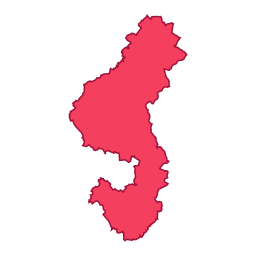 the district of Baltinglass Lea-6, Wicklow, Ireland
{"feature_id": "5873133B22148829487271", "entity_name": "Baltinglass Lea-6", "entity_type": "district", "adm_level": 2, "iso_a3": "IRL", "parent_name": "Ireland", "parent_adm1": "Wicklow", "projection": "mercator", "projection_center": [-6.547, 52.958], "detail": "fine", "context": "isolated", "style": "filled", "palette": "rose", "viewbox_px": 256, "rotation_deg": 0, "n_neighbors": 0, "source": "geoboundaries", "source_scale": "gbopen_adm2", "svg_char_len": 5862}
<svg xmlns="http://www.w3.org/2000/svg" viewBox="0 0 256 256"><path d="M180.4,49.6L177.7,47.4L176.4,47.3L176.0,46.9L175.4,47.1L174.4,46.5L174.3,45.8L175.8,45.3L176.5,44.2L177.1,42.0L180.2,37.8L178.5,37.3L176.8,35.7L175.3,35.1L171.8,32.6L172.9,25.3L173.4,23.8L171.5,22.9L169.9,23.6L166.9,24.1L164.9,26.1L165.3,24.8L164.9,23.9L164.2,22.5L163.8,22.2L163.0,22.8L162.5,22.2L162.1,21.5L161.5,18.2L160.7,16.6L159.8,17.0L158.0,16.5L151.9,16.7L151.5,17.3L151.5,18.4L150.6,19.1L150.6,18.8L148.5,17.2L147.1,15.4L145.9,17.4L143.9,18.9L142.8,20.7L141.7,20.3L140.8,22.3L138.9,23.6L138.9,25.0L138.5,25.3L139.6,26.5L141.1,27.4L140.7,27.8L141.0,28.5L136.7,33.9L136.2,35.1L133.8,33.6L131.5,33.3L131.4,33.8L127.3,35.4L125.8,37.9L125.9,38.4L127.4,40.0L127.3,40.3L130.1,41.8L131.2,42.9L129.7,43.9L128.1,45.9L127.9,46.8L128.8,47.5L128.8,48.5L127.4,48.2L127.1,47.3L126.9,47.8L125.6,47.4L122.3,50.2L122.6,51.2L121.6,51.5L121.8,52.9L122.4,52.7L122.7,53.8L122.7,55.5L122.3,55.6L122.2,56.0L125.0,57.3L124.2,58.4L123.2,58.0L122.5,59.0L123.4,61.0L121.4,60.5L120.8,62.0L120.2,62.6L119.8,62.9L118.7,62.4L117.7,63.5L118.4,64.4L118.3,65.0L116.6,65.3L116.8,66.6L117.6,66.7L117.6,67.2L115.9,67.2L115.5,68.2L113.8,68.4L113.9,69.2L113.8,69.6L111.5,69.3L110.5,68.6L109.3,73.7L103.6,74.1L102.2,75.3L101.2,75.0L100.1,77.8L96.6,78.0L95.9,79.6L93.2,81.2L92.0,81.2L91.2,81.8L90.0,81.0L87.6,82.0L85.8,84.0L84.6,84.1L83.7,84.7L84.6,87.0L84.3,88.7L84.2,92.2L82.9,93.4L82.8,94.8L82.3,95.5L79.2,98.7L79.3,99.2L78.2,100.8L76.7,100.9L76.0,100.5L75.7,101.5L74.5,101.8L73.3,102.8L72.8,103.7L73.9,104.1L73.2,105.8L75.7,107.7L73.6,109.7L70.5,111.5L70.8,112.1L69.3,114.5L70.1,115.8L69.3,116.8L70.5,120.7L70.9,121.0L72.5,120.2L74.6,125.0L74.9,125.0L76.8,127.9L77.4,128.0L79.2,130.4L81.4,132.4L82.9,135.3L82.9,136.8L82.1,137.7L83.6,138.7L83.4,140.0L84.3,140.4L84.4,141.1L83.8,144.0L82.7,145.6L84.0,145.7L85.2,146.4L86.7,146.3L89.0,144.8L91.6,147.4L93.7,148.3L93.6,149.8L95.5,150.5L96.6,149.6L97.6,149.9L98.6,147.9L99.9,148.7L102.1,148.9L103.0,149.5L105.2,153.6L105.5,153.4L105.3,152.4L105.9,151.3L107.8,150.6L113.9,153.1L114.3,151.9L114.6,151.8L116.6,153.0L118.6,153.1L119.1,153.4L119.4,154.1L119.1,156.0L119.7,158.0L119.4,159.0L119.7,160.4L125.2,159.8L128.9,162.4L129.4,161.7L130.4,161.3L130.7,160.5L130.4,159.2L131.1,158.9L131.0,157.8L131.8,157.3L131.8,156.3L133.7,156.4L133.6,156.8L133.9,157.0L134.2,156.7L133.9,156.3L134.4,156.1L135.0,157.6L135.6,158.2L138.9,160.1L139.8,161.2L139.0,162.8L138.8,163.6L139.1,164.2L139.0,165.2L138.8,165.4L138.3,165.2L137.0,165.9L135.4,165.7L133.9,166.3L135.2,168.6L134.8,172.5L135.4,174.8L135.5,177.5L134.1,179.6L134.0,180.2L134.3,181.0L134.0,182.0L134.8,183.6L135.2,184.0L136.0,184.1L136.5,184.8L134.2,185.1L132.6,184.0L130.7,184.5L129.1,184.4L128.7,185.1L125.1,186.7L126.2,188.1L124.5,189.6L123.3,192.0L122.9,191.3L120.4,190.0L119.6,191.3L117.0,190.5L116.5,189.9L115.7,189.9L114.8,188.7L114.2,189.4L112.9,189.8L109.7,185.4L110.5,184.6L110.3,183.5L109.2,183.0L107.2,180.8L105.1,181.3L104.4,180.0L103.2,179.5L103.2,178.7L100.6,178.0L100.8,179.8L99.1,179.5L98.5,180.0L98.3,181.2L99.6,182.6L99.7,183.2L99.4,183.6L99.8,184.0L98.7,186.1L97.0,186.8L95.5,186.5L95.2,187.1L93.0,188.1L91.3,190.6L91.3,191.3L92.6,191.6L92.3,192.2L92.6,192.8L92.8,194.3L92.0,194.9L90.7,194.9L91.2,195.7L90.8,196.8L91.3,198.0L90.0,199.6L89.9,200.3L89.1,200.2L89.2,200.9L88.9,201.5L89.4,201.9L89.2,202.3L90.5,201.7L91.7,202.1L92.0,202.5L91.8,203.0L92.5,203.8L93.7,202.5L95.6,201.3L97.1,200.9L98.5,202.0L99.6,203.6L99.8,204.7L102.6,205.4L103.1,206.4L103.3,208.8L103.9,209.9L105.1,211.0L105.2,212.3L104.8,213.1L103.5,213.9L103.1,214.6L108.0,220.1L108.8,221.4L110.2,224.0L110.6,225.9L111.9,227.9L111.5,229.8L112.7,228.8L112.5,227.9L113.3,227.7L114.9,229.2L115.9,229.5L116.7,229.1L117.1,232.6L119.6,233.0L122.7,231.4L122.7,232.7L123.7,232.9L123.7,235.9L124.1,237.2L123.7,238.2L123.6,239.2L124.9,240.6L126.6,239.4L132.2,240.2L132.9,239.0L134.5,239.7L136.1,239.5L139.9,237.3L140.1,236.8L140.1,235.6L141.7,237.2L143.8,234.3L143.8,232.7L145.3,232.6L146.3,231.5L146.1,231.1L148.0,229.3L148.1,228.3L147.6,227.4L149.2,226.6L149.5,226.0L150.6,225.8L150.3,224.9L150.9,224.6L150.8,224.3L152.5,223.6L152.5,222.9L153.9,222.6L156.1,220.0L155.9,219.4L156.2,218.8L157.6,219.1L157.2,217.4L157.5,216.5L157.6,211.1L159.3,211.7L161.4,210.8L161.6,209.7L161.3,208.2L161.7,208.3L161.4,207.6L162.2,205.8L161.5,204.1L161.7,202.4L159.0,201.6L157.6,202.3L157.0,202.2L156.6,201.1L154.9,199.6L154.8,198.2L156.3,197.4L157.2,194.7L157.7,191.4L159.0,189.0L159.7,189.0L161.3,187.7L162.6,187.6L164.2,186.3L165.2,186.2L167.6,184.5L168.0,183.5L166.0,182.7L164.4,181.5L164.5,180.0L165.0,178.7L167.6,177.7L166.9,176.1L168.0,172.2L167.8,171.4L166.5,170.7L164.9,170.9L159.8,168.7L160.3,167.5L163.6,163.7L164.5,163.3L166.6,163.2L167.9,162.4L168.7,161.2L166.9,160.5L166.8,158.2L165.5,155.6L165.3,154.8L165.4,154.0L164.2,150.9L162.1,149.2L161.6,147.9L160.4,146.9L159.2,146.6L158.4,147.3L156.9,147.9L156.4,146.8L157.2,146.7L157.2,145.4L157.8,144.7L157.4,143.5L156.8,143.0L156.6,141.6L155.7,139.7L156.0,138.6L155.6,138.2L155.9,138.1L155.1,137.4L155.2,137.1L154.9,136.5L153.7,135.7L152.7,134.0L150.9,132.2L151.1,131.1L150.9,130.4L151.2,130.1L150.7,127.4L152.0,124.0L150.6,123.5L149.2,121.8L148.9,120.8L148.9,120.0L149.7,118.0L149.7,115.1L148.8,113.3L147.9,112.7L147.8,111.8L148.2,110.2L146.6,108.7L145.9,106.6L145.8,104.6L147.5,102.8L150.0,101.4L151.2,102.0L151.8,103.4L153.2,103.7L154.9,100.4L157.6,98.7L157.5,98.3L157.9,97.6L157.7,96.9L158.2,95.9L157.3,93.8L157.8,92.6L159.6,91.1L159.9,91.4L161.9,90.6L162.6,88.7L164.1,87.2L165.8,86.8L167.5,87.2L169.5,86.4L169.0,85.0L169.1,81.3L168.6,80.0L166.2,77.1L164.0,69.0L169.3,70.3L169.8,68.9L170.6,69.0L171.4,68.2L171.8,66.3L173.4,64.7L176.0,63.8L178.1,60.6L182.0,60.1L183.4,59.4L184.1,58.7L184.6,57.3L186.7,54.7L184.6,52.0L182.4,50.9L181.6,49.8L180.4,49.6Z" fill="#f43f5e" stroke="#9f1239" stroke-width="1.5"/></svg>